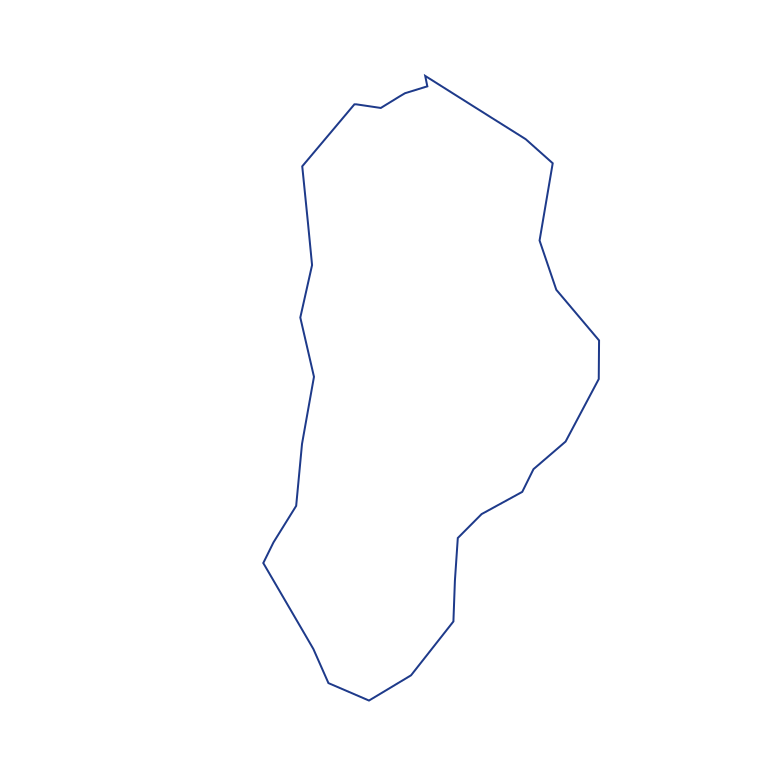 the district of Knivsta, Uppsala, Sweden, rotated 122°
{"feature_id": "70781695B75791016824649", "entity_name": "Knivsta", "entity_type": "district", "adm_level": 2, "iso_a3": "SWE", "parent_name": "Sweden", "parent_adm1": "Uppsala", "projection": "albers", "projection_center": [17.878, 59.771], "detail": "fine", "context": "isolated", "style": "outline", "palette": "blue", "viewbox_px": 768, "rotation_deg": 122, "n_neighbors": 0, "source": "geoboundaries", "source_scale": "gbopen_adm2", "svg_char_len": 598}
<svg xmlns="http://www.w3.org/2000/svg" viewBox="0 0 768 768"><g transform="rotate(122 384 384)"><path d="M660.4,229.0L616.7,206.7L548.6,199.3L513.3,219.6L475.5,239.8L442.6,232.3L402.2,209.6L377.0,212.1L336.6,199.5L266.0,204.5L233.1,224.7L212.8,287.8L179.9,328.1L107.4,357.9L101.3,393.6L101.2,434.4L100.9,512.3L108.6,505.0L126.3,520.3L132.3,523.4L151.6,533.0L161.6,555.9L162.5,557.3L242.7,568.7L288.4,533.3L321.3,508.0L372.0,490.2L415.0,447.2L478.2,421.8L533.9,393.9L576.9,393.8L599.8,391.5L637.8,319.3L646.2,303.4L667.1,272.6L660.4,229.0Z" fill="none" stroke="#1e3a8a" stroke-width="2"/></g></svg>